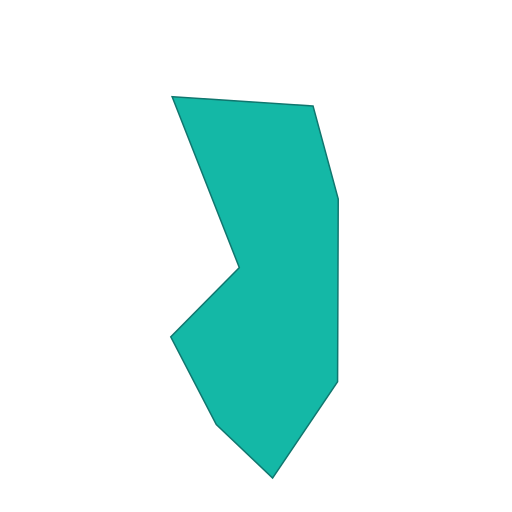 the District of North Side, rotated 137°
{"feature_id": "AIA-5119", "entity_name": "North Side", "entity_type": "District", "adm_level": 1, "iso_a3": "AIA", "parent_name": "Anguilla", "parent_adm1": "", "projection": "equal_earth", "projection_center": [-63.042, 18.253], "detail": "fine", "context": "isolated", "style": "filled", "palette": "teal", "viewbox_px": 512, "rotation_deg": 137, "n_neighbors": 0, "source": "natural_earth", "source_scale": "10m", "svg_char_len": 278}
<svg xmlns="http://www.w3.org/2000/svg" viewBox="0 0 512 512"><g transform="rotate(137 256 256)"><path d="M112.0,326.8L157.0,241.6L282.1,108.4L395.3,82.3L400.0,159.8L373.5,255.0L276.1,258.9L208.7,429.7L112.0,326.8Z" fill="#14b8a6" stroke="#0f766e" stroke-width="1.5"/></g></svg>